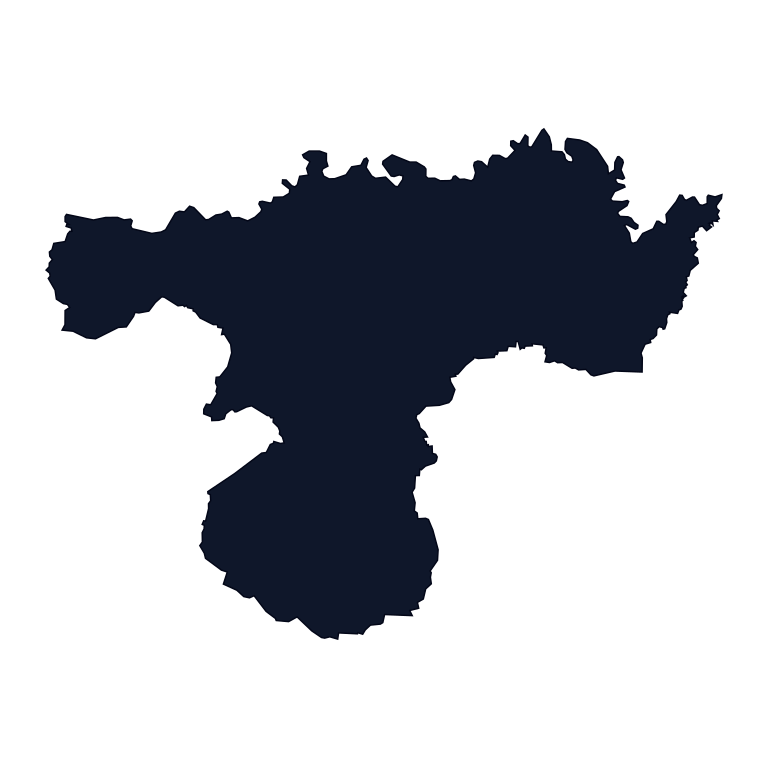 Mueang Maha Sarakham, Maha Sarakham, Thailand (orthographic projection)
{"feature_id": "78962969B99626144769270", "entity_name": "Mueang Maha Sarakham", "entity_type": "district", "adm_level": 2, "iso_a3": "THA", "parent_name": "Thailand", "parent_adm1": "Maha Sarakham", "projection": "orthographic", "projection_center": [103.336, 16.105], "detail": "fine", "context": "isolated", "style": "filled", "palette": "ink", "viewbox_px": 768, "rotation_deg": 0, "n_neighbors": 0, "source": "geoboundaries", "source_scale": "gbopen_adm2", "svg_char_len": 6098}
<svg xmlns="http://www.w3.org/2000/svg" viewBox="0 0 768 768"><path d="M275.4,618.4L276.2,620.5L288.6,621.6L297.1,616.9L311.8,630.9L321.5,637.5L324.7,638.1L329.8,636.8L337.7,639.1L338.6,632.9L357.5,633.8L357.8,632.7L362.7,634.2L365.3,629.9L370.4,625.1L380.4,624.1L382.8,622.6L384.6,614.5L412.2,615.6L409.7,610.5L418.7,608.2L417.4,602.4L423.3,599.0L425.7,588.9L431.3,583.8L430.4,577.2L431.2,572.7L430.1,571.0L437.5,560.3L438.1,549.7L432.8,530.0L428.4,519.5L425.6,518.3L417.8,518.8L417.2,513.0L414.3,510.9L415.1,502.7L412.1,492.2L414.6,488.1L415.4,475.6L419.3,475.5L419.8,469.2L421.3,469.8L425.4,466.1L434.3,463.0L436.3,460.9L437.2,456.9L435.7,454.3L432.4,453.4L432.1,446.0L428.2,446.5L428.3,444.7L426.7,445.1L426.2,441.4L424.8,441.4L423.2,437.3L427.5,437.0L424.7,431.9L420.0,427.9L418.9,423.2L415.9,418.2L416.8,414.6L419.2,413.6L426.0,406.1L439.4,405.3L448.8,402.6L451.6,399.4L454.9,389.6L450.7,382.0L449.8,377.3L455.9,376.2L455.2,374.2L457.8,374.1L465.7,365.2L473.6,358.8L473.6,357.4L478.3,358.5L494.2,357.4L495.3,354.0L497.1,354.5L498.0,352.7L497.2,351.1L506.9,350.7L508.2,346.3L515.5,346.8L516.1,341.4L518.1,341.4L520.2,349.3L521.9,347.9L524.3,348.3L525.1,346.1L532.4,345.8L532.1,343.8L543.0,344.9L543.9,347.9L546.2,347.7L545.2,353.3L546.7,355.5L545.0,361.8L549.5,362.5L554.5,360.8L557.6,362.7L562.6,362.5L572.1,368.3L575.2,368.0L578.6,369.9L585.9,369.4L590.9,374.8L593.9,375.9L615.0,371.0L642.1,372.0L642.3,357.8L641.0,353.1L645.1,344.2L650.7,342.5L650.2,339.5L653.1,338.5L656.5,335.0L656.8,329.0L659.2,326.6L662.6,327.6L663.1,329.2L664.7,328.8L666.8,322.5L666.5,318.7L667.8,314.8L669.9,313.7L669.4,312.2L677.6,313.4L678.9,310.0L681.0,309.1L682.2,306.3L681.8,301.2L682.9,300.2L682.1,298.9L683.1,298.3L681.7,297.1L683.1,295.8L683.9,297.2L686.3,295.8L683.2,292.5L684.2,288.4L686.0,287.7L685.7,286.2L687.3,284.8L685.6,282.0L687.1,280.5L686.3,276.8L688.8,276.0L690.2,270.4L698.3,263.2L697.3,257.9L694.2,256.4L693.3,254.6L697.7,249.6L695.3,246.3L696.1,242.5L694.0,240.7L691.4,242.6L689.6,237.9L694.2,237.0L694.3,232.5L697.9,230.2L698.3,227.2L702.4,226.1L706.6,230.7L711.6,226.9L709.3,225.4L710.2,223.6L709.2,223.2L710.8,222.6L713.0,224.9L712.3,220.9L717.6,221.4L716.8,219.9L719.3,218.6L717.2,214.5L719.2,210.8L716.7,208.4L716.3,205.7L721.4,198.5L721.9,194.6L715.1,196.9L708.3,195.2L707.2,196.8L707.2,203.5L702.5,205.3L699.5,204.7L694.5,197.1L692.5,197.0L686.3,200.3L684.5,199.5L682.2,195.4L679.7,195.1L676.2,201.6L666.0,214.6L666.8,221.5L665.8,224.2L663.3,224.4L658.8,221.3L656.8,221.3L653.2,228.8L642.7,233.5L637.0,242.0L632.7,243.4L630.8,241.7L629.3,233.1L624.4,225.5L626.7,224.5L635.4,229.2L637.7,228.2L638.0,225.2L634.0,222.4L631.2,218.3L628.0,216.8L619.9,216.4L617.5,213.2L618.5,211.3L627.0,205.6L628.7,201.5L627.4,200.5L622.2,201.7L612.5,201.1L610.5,199.1L614.6,191.6L625.0,187.0L624.2,185.1L617.5,183.4L615.5,180.3L616.4,177.8L622.7,179.3L624.5,178.0L621.0,169.8L623.3,162.5L622.5,159.8L618.9,156.6L617.6,156.8L614.9,162.3L614.6,170.0L608.4,173.8L607.6,166.3L596.7,149.6L587.5,142.7L579.7,140.0L567.4,138.4L565.5,141.5L565.0,149.4L566.9,152.8L571.8,156.2L573.2,160.2L571.9,162.2L568.0,161.5L565.4,159.1L564.4,154.6L562.0,151.8L551.4,151.0L551.3,144.7L549.3,136.8L543.9,128.9L541.9,130.3L531.8,146.8L529.8,147.2L527.8,145.8L528.0,137.1L525.2,135.0L520.1,143.5L517.7,143.7L513.3,140.7L510.8,141.2L510.7,145.7L515.0,150.4L507.5,158.3L505.2,158.6L499.4,155.4L492.7,155.3L489.7,159.1L487.7,167.2L481.6,161.7L477.8,161.0L474.5,162.4L473.7,165.4L475.6,172.8L473.8,179.0L471.4,180.9L464.3,179.1L459.5,179.4L455.4,175.9L453.4,176.5L452.0,179.7L449.9,180.6L440.2,180.8L434.8,178.2L428.0,178.3L425.8,176.3L425.9,169.0L424.3,166.9L416.2,162.1L409.8,162.1L392.1,154.9L383.0,161.3L382.6,164.1L391.2,176.0L394.1,176.5L399.2,174.9L403.0,175.9L402.7,179.5L397.8,186.8L395.0,186.2L385.6,177.1L375.5,178.3L371.7,176.0L366.1,167.5L368.1,160.5L366.5,158.0L364.0,159.2L360.9,165.3L351.7,166.8L346.1,174.8L334.8,178.7L329.1,178.9L323.7,176.1L321.8,171.3L322.9,168.7L327.9,166.1L326.4,161.0L326.4,153.5L319.6,151.1L309.1,151.1L302.6,154.8L303.9,157.6L310.0,161.7L306.6,168.4L308.5,175.1L299.7,176.3L297.4,184.7L295.0,186.9L291.8,185.8L286.2,180.0L282.6,179.9L282.3,183.3L289.8,189.3L289.3,193.3L283.2,197.0L273.8,197.3L272.3,201.9L270.4,203.1L262.3,201.3L259.7,201.8L258.9,204.0L261.8,209.2L260.9,211.7L255.0,217.2L247.7,220.9L239.0,217.6L231.4,217.9L228.8,212.1L227.2,211.2L221.7,214.1L215.9,215.0L208.7,219.5L205.6,219.8L193.8,207.6L189.6,206.2L184.4,211.9L179.4,211.2L175.4,213.1L165.6,229.8L161.2,232.0L151.8,233.4L132.1,228.7L130.7,225.9L132.2,220.8L130.6,219.1L124.1,219.9L117.5,217.4L105.6,217.5L93.5,220.0L66.5,214.4L65.1,216.6L65.1,221.6L68.4,224.1L66.9,224.0L66.1,226.4L71.2,228.0L71.9,231.3L69.9,231.3L67.7,233.9L65.1,241.6L53.8,243.4L52.0,249.8L49.4,252.0L49.8,256.3L52.4,259.6L49.3,263.1L49.2,266.8L46.1,270.1L49.7,273.1L50.2,276.2L48.3,278.4L55.1,290.1L56.4,299.1L63.4,303.6L67.4,304.4L69.7,307.5L65.1,310.5L65.0,324.7L62.1,330.1L73.0,331.2L86.5,337.8L95.5,338.8L118.3,327.4L126.3,326.9L133.5,316.4L135.0,312.4L138.9,312.9L148.8,311.1L155.3,302.5L161.7,296.8L164.4,297.2L178.0,305.8L182.9,305.2L184.6,306.6L186.3,305.4L187.8,307.7L193.2,308.8L193.1,310.8L195.7,312.1L200.1,318.0L213.3,324.6L217.3,324.6L217.9,327.3L223.0,328.1L221.6,334.6L224.4,334.2L230.7,344.3L231.7,352.9L227.7,366.9L219.8,376.9L216.2,377.3L215.6,382.9L217.3,386.6L216.1,391.4L217.2,393.5L210.7,404.8L206.4,404.1L203.8,409.2L203.7,413.8L211.6,416.9L211.8,420.6L218.9,420.3L224.2,418.7L225.8,413.8L231.0,409.7L233.1,409.7L234.9,411.9L236.7,411.7L246.4,407.0L251.6,405.8L267.3,415.5L269.5,415.7L270.9,417.8L273.5,417.8L273.1,422.1L278.3,427.2L279.8,431.0L279.4,434.0L282.3,436.7L284.2,442.9L280.5,443.5L273.8,441.5L273.4,443.3L270.3,444.5L266.3,452.5L261.7,453.1L234.5,473.7L207.8,491.6L208.0,493.6L210.3,494.6L210.7,500.7L208.5,503.7L208.6,508.6L205.6,521.1L203.7,520.8L202.2,524.4L204.3,525.3L204.1,528.9L202.2,532.7L202.4,542.0L199.8,545.6L204.3,553.2L205.5,558.3L221.4,570.1L227.3,572.0L223.4,584.1L236.8,590.2L243.8,596.6L249.5,597.8L254.1,595.7L266.1,611.4L275.4,618.4Z" fill="#0f172a" stroke="#020617" stroke-width="1.5"/></svg>